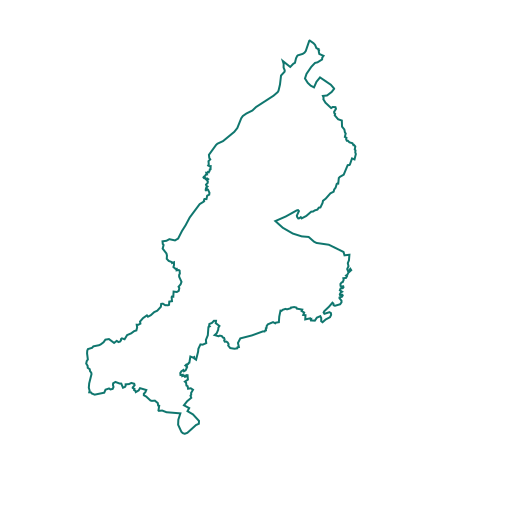 Phan Thong, Chon Buri, Thailand, rotated 215°
{"feature_id": "78962969B10956756267411", "entity_name": "Phan Thong", "entity_type": "district", "adm_level": 2, "iso_a3": "THA", "parent_name": "Thailand", "parent_adm1": "Chon Buri", "projection": "equal_earth", "projection_center": [101.08, 13.465], "detail": "fine", "context": "isolated", "style": "outline", "palette": "teal", "viewbox_px": 512, "rotation_deg": 215, "n_neighbors": 0, "source": "geoboundaries", "source_scale": "gbopen_adm2", "svg_char_len": 6085}
<svg xmlns="http://www.w3.org/2000/svg" viewBox="0 0 512 512"><g transform="rotate(215 256 256)"><path d="M345.9,431.1L343.6,429.3L341.5,426.2L339.0,424.6L338.3,423.4L339.0,418.2L334.7,410.2L332.4,404.4L332.2,402.8L333.6,397.3L341.4,378.1L342.4,373.1L345.6,367.2L347.1,363.1L347.1,360.4L344.7,350.1L345.0,345.2L348.9,331.2L352.0,325.9L352.4,324.1L352.6,311.9L350.5,309.5L348.9,308.9L349.3,306.4L347.2,303.9L347.1,302.7L345.5,302.9L344.7,303.6L343.0,301.0L343.5,300.4L342.9,299.3L342.7,297.4L343.6,297.3L343.7,296.1L344.4,295.7L342.9,294.7L343.8,293.8L343.6,292.6L344.2,290.9L344.1,290.2L343.2,290.0L342.4,290.7L341.4,290.1L340.6,291.5L339.2,291.5L339.4,289.8L338.1,289.3L337.5,288.1L337.9,285.8L336.8,285.0L335.6,285.1L335.9,283.0L335.1,281.2L334.6,281.1L334.1,282.8L333.4,282.8L330.4,281.1L329.5,279.4L330.6,277.4L329.2,274.2L330.9,273.1L330.6,271.7L329.9,271.2L330.0,270.6L331.9,266.2L332.4,249.6L331.3,240.7L331.0,234.1L329.8,225.6L331.3,222.3L336.6,220.1L338.1,217.1L341.0,214.4L339.3,212.4L338.0,212.0L336.7,208.5L330.8,206.7L329.2,205.3L327.5,202.5L324.7,201.9L321.5,202.7L320.7,202.1L319.6,203.8L318.0,201.6L317.3,199.6L314.5,199.3L313.6,200.0L312.8,198.7L311.2,200.2L310.2,200.2L308.3,197.9L308.1,196.4L307.0,194.9L302.2,192.1L301.5,189.5L301.8,186.4L300.4,185.7L299.3,183.1L300.2,181.1L303.1,179.6L300.4,175.2L301.6,174.6L301.5,173.9L298.9,170.8L300.9,168.9L299.2,166.1L299.8,165.2L302.2,163.6L305.0,163.5L306.2,162.4L304.8,159.8L305.5,154.5L307.2,151.7L308.2,147.2L309.7,144.3L311.3,144.8L312.9,140.4L313.4,135.8L311.9,134.3L313.0,132.1L314.3,131.3L312.4,129.3L311.3,126.4L312.7,124.6L313.9,121.0L316.2,117.3L315.9,112.4L318.6,111.6L318.9,110.4L318.2,109.4L318.3,107.9L319.3,106.6L321.4,106.6L322.4,103.4L328.8,103.6L331.4,101.1L331.4,97.9L332.5,94.5L333.4,92.9L337.4,88.7L337.6,86.8L340.3,83.3L339.9,81.6L338.5,79.3L334.4,74.8L334.4,72.9L333.4,70.5L331.0,69.5L329.7,67.9L327.3,67.9L325.9,66.5L324.0,65.9L323.0,64.9L319.6,56.0L317.4,52.2L315.0,50.2L314.4,48.7L313.0,49.6L311.6,49.2L308.6,49.9L301.9,57.0L302.6,60.2L300.4,63.2L298.7,63.2L297.2,64.9L297.6,67.0L299.2,68.3L300.0,69.8L298.9,72.2L294.6,73.3L293.2,74.2L289.4,71.8L288.2,73.8L288.4,75.0L289.2,76.1L286.6,78.2L285.3,80.5L282.5,81.5L281.3,80.5L281.6,77.6L281.3,77.2L279.3,77.4L279.0,76.3L277.3,76.3L276.4,75.6L275.0,78.6L275.2,81.2L269.0,83.3L268.5,80.8L268.9,78.9L268.0,77.6L265.3,77.9L259.6,77.1L258.2,77.6L255.9,79.5L252.1,79.2L250.4,77.4L249.4,77.8L247.3,73.5L246.8,73.4L244.2,75.6L239.7,76.7L227.7,83.7L225.7,77.3L223.0,73.1L216.3,69.2L214.4,68.9L212.4,69.5L210.8,71.8L208.2,83.1L206.6,85.8L208.1,88.2L216.8,90.1L223.1,89.6L223.5,93.1L229.4,92.4L229.1,97.6L227.7,102.7L229.6,104.1L229.5,105.2L230.6,106.6L230.9,110.3L233.6,110.2L235.5,108.3L237.3,110.1L238.7,110.0L240.6,112.1L242.2,112.3L240.9,115.7L243.7,119.1L244.5,118.6L244.4,116.8L245.0,116.3L245.8,117.1L247.4,115.4L247.9,116.6L249.6,115.2L250.9,116.7L251.0,118.7L250.1,121.0L248.9,120.3L248.1,122.0L248.7,125.4L249.4,125.4L249.5,126.2L251.0,125.9L250.8,127.2L249.6,128.7L249.8,129.8L249.4,130.4L252.1,136.0L249.2,136.7L248.7,137.7L247.8,136.7L245.6,136.7L248.5,144.3L250.0,147.0L250.8,151.7L248.8,152.8L246.8,156.1L248.9,158.5L250.0,163.4L254.2,170.5L253.6,171.8L254.4,171.9L255.2,173.6L253.7,175.9L253.3,178.8L251.6,180.0L250.5,177.9L245.8,177.7L245.7,175.7L244.7,174.0L243.9,170.3L244.5,167.5L240.6,168.8L240.0,170.0L238.1,170.8L236.4,170.2L235.2,170.6L233.9,169.7L233.6,168.5L232.4,167.9L231.2,168.9L229.6,168.9L227.9,168.1L227.4,166.7L224.3,165.8L220.4,167.7L218.4,169.6L218.8,170.6L217.8,171.6L220.9,174.4L221.6,179.5L213.8,188.6L207.1,198.2L205.7,199.1L205.8,200.2L205.2,200.8L206.5,202.5L206.1,203.1L207.1,204.8L207.1,206.8L204.1,211.6L201.6,211.9L201.5,212.8L199.3,214.9L202.2,219.7L204.6,225.3L203.6,225.7L203.3,227.2L201.5,229.6L200.0,230.1L197.6,233.1L197.8,233.8L195.4,236.1L193.3,236.9L192.4,236.3L187.4,238.6L187.1,237.1L184.1,237.3L183.5,234.8L181.5,235.9L179.3,232.3L175.9,236.0L175.0,235.4L174.6,236.0L173.9,234.8L170.7,236.8L170.8,240.4L168.8,243.6L167.0,242.6L165.2,240.0L163.5,239.9L162.5,244.0L160.3,248.3L160.7,250.9L161.9,252.2L163.6,252.1L166.8,247.9L168.2,248.5L168.4,250.0L167.1,256.4L166.6,261.6L165.3,261.4L164.2,260.2L162.8,260.5L159.4,264.7L159.4,267.1L160.3,268.4L163.4,269.3L163.8,269.9L162.2,272.0L162.4,273.5L163.2,273.7L164.7,272.2L165.4,272.7L165.6,274.8L165.0,276.1L167.6,276.0L168.1,277.9L166.5,279.4L166.4,280.5L167.2,281.2L168.7,279.9L169.6,280.0L170.8,281.5L170.7,283.5L170.0,284.3L170.5,286.7L171.7,287.9L169.7,289.7L169.9,291.6L171.0,291.7L170.4,293.2L170.8,295.0L169.9,299.0L171.4,299.6L171.4,297.1L172.1,296.5L173.8,297.6L174.4,300.7L176.7,302.8L177.4,305.8L180.2,310.6L183.9,307.3L186.6,309.5L202.8,307.0L213.9,301.4L216.6,301.0L223.8,301.8L229.8,298.3L238.7,295.5L250.2,294.5L260.2,295.7L254.3,305.4L248.8,316.7L247.9,317.7L246.6,317.4L245.7,312.5L244.7,311.6L242.9,311.0L242.3,311.5L241.6,313.5L240.2,313.0L237.8,317.6L236.2,324.0L234.8,325.1L234.0,327.1L232.3,329.2L232.3,331.6L231.1,332.7L231.9,337.6L232.8,339.7L231.8,342.9L231.0,350.0L229.3,353.2L230.1,355.3L230.0,357.7L231.2,361.3L230.9,362.2L230.2,362.5L232.9,367.4L232.7,368.9L230.8,372.9L233.0,383.0L231.6,384.2L231.6,384.9L233.3,391.0L230.7,391.6L232.7,396.8L234.1,397.8L235.1,399.6L236.2,399.9L237.5,402.7L239.5,403.2L239.8,402.7L241.7,403.7L244.7,402.7L246.9,403.1L247.7,402.5L249.1,403.3L249.7,404.7L251.5,404.5L252.8,407.8L254.0,408.2L256.2,410.3L259.7,411.3L263.4,416.2L267.2,415.1L272.2,416.4L272.7,417.8L273.9,418.0L274.7,418.9L274.9,422.4L276.3,423.5L278.6,422.1L279.3,420.3L287.0,421.4L290.7,423.0L291.4,424.4L293.0,425.5L289.9,428.2L288.1,433.8L287.9,437.8L288.2,438.0L292.9,439.2L306.0,439.0L306.4,433.4L305.2,427.4L308.9,426.9L312.9,427.5L317.7,429.5L319.1,434.2L319.2,442.7L318.4,448.0L316.7,449.9L314.6,454.9L315.5,456.5L315.5,458.7L320.0,457.8L321.8,459.4L322.3,460.7L323.3,460.7L323.5,461.4L325.7,460.9L328.7,462.8L330.9,463.3L335.6,463.3L335.8,462.8L332.8,452.4L332.9,450.3L333.7,448.3L336.8,444.4L337.0,443.5L336.6,440.9L334.9,436.6L335.7,434.9L336.4,430.5L345.9,431.1Z" fill="none" stroke="#0f766e" stroke-width="2"/></g></svg>